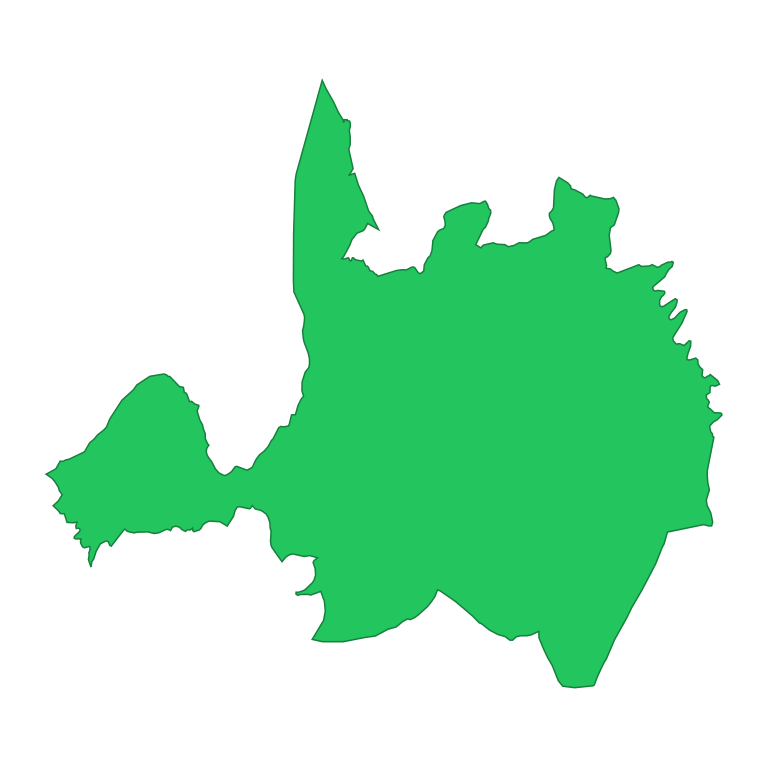 outline of Atlahuilco, Veracruz, Mexico
{"feature_id": "50627088B44010048169487", "entity_name": "Atlahuilco", "entity_type": "district", "adm_level": 2, "iso_a3": "MEX", "parent_name": "Mexico", "parent_adm1": "Veracruz", "projection": "equal_earth", "projection_center": [-97.121, 18.686], "detail": "fine", "context": "isolated", "style": "filled", "palette": "green", "viewbox_px": 768, "rotation_deg": 0, "n_neighbors": 0, "source": "geoboundaries", "source_scale": "gbopen_adm2", "svg_char_len": 6083}
<svg xmlns="http://www.w3.org/2000/svg" viewBox="0 0 768 768"><path d="M638.9,264.7L617.2,273.0L613.0,271.1L610.5,269.0L606.0,268.2L606.6,265.4L605.1,259.4L605.7,257.2L607.4,256.9L610.5,253.3L611.0,250.4L609.2,235.2L610.5,227.7L614.3,224.9L618.5,212.8L619.0,208.8L615.8,200.1L613.4,197.4L610.6,198.6L605.0,199.0L591.1,195.9L590.1,195.2L587.5,197.6L585.2,197.2L582.9,194.2L575.3,190.1L570.9,188.7L570.7,186.2L567.8,182.9L558.9,177.4L556.5,181.0L554.4,189.7L553.5,207.8L551.9,210.7L549.4,213.3L549.3,215.7L550.2,218.7L552.8,222.9L554.0,227.9L554.0,230.1L551.3,231.2L545.9,235.3L532.8,239.3L529.2,242.0L527.0,242.9L519.1,242.8L513.8,245.5L508.3,246.7L504.9,244.6L497.0,244.2L493.2,242.8L483.3,245.1L480.9,247.9L475.8,244.6L483.3,229.1L485.4,227.4L488.4,220.9L488.7,218.6L490.8,213.2L490.6,210.1L488.9,208.8L487.5,204.4L485.6,201.2L484.2,201.2L479.9,203.6L471.4,202.8L460.6,205.6L446.2,212.3L444.4,215.0L443.8,217.0L445.0,221.1L445.3,225.4L443.7,228.5L440.2,229.8L437.7,231.6L432.9,240.6L432.0,250.5L430.2,255.7L428.0,257.7L424.3,264.7L423.7,271.2L420.1,273.7L418.3,272.8L414.5,267.3L412.0,267.0L406.4,269.9L402.3,269.7L396.5,270.5L377.9,276.3L376.6,274.5L375.2,274.1L372.7,271.4L369.8,270.7L368.5,267.4L367.3,266.1L365.8,266.1L363.0,260.0L361.5,261.0L357.4,260.2L355.4,259.7L353.8,258.1L352.4,257.8L351.3,260.7L350.0,260.7L348.4,257.7L344.4,259.0L341.9,258.6L344.1,255.8L349.6,245.5L352.0,239.5L357.0,233.2L363.1,230.7L364.6,229.2L367.6,223.5L378.6,229.6L373.2,219.0L372.5,216.2L368.6,210.9L363.7,196.4L358.5,185.3L354.7,173.3L349.3,175.1L353.1,168.6L348.8,149.3L350.2,144.5L350.2,136.7L349.3,130.4L350.3,126.6L350.3,123.0L349.6,121.1L347.0,120.6L347.1,119.7L344.2,119.7L343.8,122.8L343.2,120.3L338.1,111.7L333.7,102.2L326.3,89.1L322.2,80.3L296.2,173.9L295.2,180.5L293.6,234.6L293.4,280.8L293.9,291.9L303.9,314.1L304.6,317.5L304.4,320.3L303.8,325.5L302.6,330.6L303.3,338.5L304.2,342.4L308.1,352.7L309.4,358.4L309.5,363.5L308.9,367.4L305.2,372.2L302.1,381.8L301.9,390.5L303.6,396.2L301.1,399.2L298.0,405.5L295.4,414.7L291.5,414.9L289.4,423.8L288.5,425.9L283.8,426.9L281.0,426.4L278.7,427.7L273.3,438.4L271.3,440.7L268.1,446.6L264.2,451.1L259.3,455.0L255.9,459.7L252.3,467.3L247.1,470.2L236.7,466.3L235.2,466.7L231.6,471.5L229.5,473.2L225.6,475.5L223.2,475.1L218.8,472.8L215.3,468.7L211.8,461.9L208.4,457.4L207.0,454.7L206.2,451.2L207.0,447.7L208.9,445.2L207.6,443.7L205.3,438.7L205.3,433.8L203.2,428.6L202.5,424.8L199.9,420.2L197.5,412.4L197.2,410.6L198.9,406.3L198.7,405.3L194.7,404.0L191.6,401.3L189.6,401.7L186.5,393.4L184.3,392.4L183.4,387.4L179.4,386.5L169.7,376.4L168.1,376.4L166.5,374.8L163.8,374.0L149.9,376.3L137.0,384.8L133.2,390.0L122.0,400.1L109.9,418.8L106.4,427.2L103.8,430.0L97.6,434.9L93.8,439.4L89.7,442.8L84.5,451.8L69.3,459.1L65.6,460.0L63.0,461.4L60.2,461.1L55.8,468.9L46.1,474.2L51.9,478.2L55.0,481.8L58.5,487.5L59.3,490.6L62.2,494.7L58.3,501.0L53.1,505.7L58.6,510.9L60.2,513.5L64.4,513.9L67.0,522.4L73.6,522.8L77.0,522.0L75.8,526.0L76.2,528.5L78.4,528.2L79.5,528.7L80.1,529.9L79.7,531.4L74.4,536.5L74.2,538.2L75.6,538.9L81.0,538.9L80.5,541.0L80.7,543.2L82.5,546.8L84.5,547.8L89.3,546.4L90.0,547.3L89.9,550.0L88.9,552.7L89.1,555.5L88.4,559.5L91.0,567.1L91.8,561.8L93.7,559.0L96.2,551.2L100.4,543.8L106.1,540.9L108.4,541.8L109.6,545.1L111.2,546.2L124.4,529.2L125.5,529.4L126.3,530.6L128.1,531.6L134.0,532.9L137.2,532.2L147.8,531.9L154.1,533.5L158.9,532.8L165.4,529.7L167.9,529.3L170.6,530.6L172.4,527.2L175.8,526.1L179.4,527.2L182.0,529.7L185.5,531.4L187.3,529.7L190.4,530.0L192.6,528.1L192.9,530.8L193.9,531.7L199.3,530.0L200.9,528.5L202.6,525.2L205.5,522.8L209.3,521.1L219.9,521.7L227.2,526.1L233.5,516.3L234.9,511.1L237.1,507.2L239.6,506.7L249.4,508.8L250.4,508.3L252.2,505.6L255.3,509.0L260.3,510.2L262.7,511.4L266.3,514.2L267.9,516.9L269.9,522.6L270.2,528.4L271.1,531.2L270.5,541.3L271.1,545.6L272.2,547.9L282.0,561.7L286.1,556.9L289.2,554.9L292.7,553.9L304.1,556.5L309.8,555.6L317.6,557.8L314.0,560.6L313.1,562.5L315.2,568.7L315.6,575.4L313.9,580.4L312.2,582.9L305.5,589.3L303.3,590.7L298.8,592.2L296.1,592.2L296.0,594.1L297.7,595.3L300.4,594.5L307.7,594.4L310.8,595.0L320.8,591.4L324.4,601.3L325.3,611.3L323.6,620.4L312.2,639.4L322.4,641.7L343.3,641.7L365.3,637.4L375.4,636.0L388.1,629.2L396.1,627.0L402.7,621.6L405.5,620.0L407.9,618.9L410.2,619.6L414.3,617.8L418.3,614.9L427.6,606.5L431.5,601.6L435.0,596.4L437.5,589.9L440.4,591.0L455.5,601.5L472.8,616.2L479.3,622.9L481.5,623.7L489.7,630.2L497.9,634.5L505.4,636.7L509.9,640.2L512.6,640.2L516.3,636.8L520.4,635.8L527.3,635.7L531.4,634.8L538.8,631.4L539.0,637.9L543.6,649.0L547.6,657.5L552.4,665.8L558.3,680.7L562.7,686.2L574.7,687.7L593.0,685.8L594.2,685.1L597.6,676.2L603.6,663.4L606.5,658.6L614.4,640.0L626.6,618.1L631.9,607.3L642.1,589.8L655.7,563.8L662.2,547.4L664.1,543.9L667.4,532.1L703.8,524.6L708.4,525.9L711.6,525.9L712.7,522.3L710.8,513.0L707.1,505.4L706.3,500.0L709.4,489.9L707.8,482.9L707.2,474.3L707.4,470.1L713.9,437.2L712.5,436.2L712.5,433.9L710.8,431.9L709.7,427.2L709.9,425.7L713.4,422.0L717.3,419.7L721.9,415.1L721.5,413.5L720.6,413.0L714.1,412.7L710.3,408.9L707.9,407.4L708.0,405.4L709.3,402.3L708.3,400.2L706.6,398.6L706.3,395.0L710.0,392.6L710.1,387.1L710.9,385.8L712.2,385.4L715.2,386.2L719.5,384.3L717.7,380.6L710.2,374.5L709.0,375.8L707.3,376.3L705.4,377.8L703.5,377.3L702.0,375.8L702.7,369.7L699.8,367.0L698.0,363.9L697.8,359.9L695.7,358.1L689.7,360.0L687.2,359.7L686.9,358.0L688.1,353.1L690.6,346.2L690.8,341.2L689.1,340.8L684.1,345.5L679.7,343.7L676.3,344.1L673.5,341.1L672.9,339.3L672.9,337.4L682.0,323.0L687.0,311.6L686.9,310.0L685.4,309.5L680.0,312.3L674.6,318.1L671.3,319.7L669.9,319.5L668.9,318.0L668.9,316.7L670.7,313.3L675.3,307.3L676.9,302.6L677.2,299.9L675.2,298.7L663.2,306.5L660.7,306.5L659.6,304.9L659.7,300.2L661.5,296.7L663.2,295.5L664.7,293.4L664.8,292.0L664.1,291.2L657.4,290.4L655.8,291.1L653.4,290.2L652.7,287.8L653.4,286.4L664.7,276.9L666.3,273.5L669.2,269.2L672.2,266.5L673.3,262.4L671.9,261.4L670.7,262.2L668.1,262.1L661.5,265.1L659.5,266.8L657.1,267.2L652.1,264.6L649.5,266.0L641.3,266.4L638.9,264.7Z" fill="#22c55e" stroke="#15803d" stroke-width="1.5"/></svg>